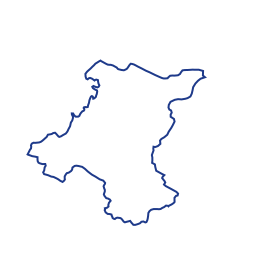 Zhytkavichy, Gomel, Belarus, rotated 209°
{"feature_id": "67162791B281573745440", "entity_name": "Zhytkavichy", "entity_type": "district", "adm_level": 2, "iso_a3": "BLR", "parent_name": "Belarus", "parent_adm1": "Gomel", "projection": "albers", "projection_center": [27.845, 52.192], "detail": "fine", "context": "isolated", "style": "outline", "palette": "blue", "viewbox_px": 256, "rotation_deg": 209, "n_neighbors": 0, "source": "geoboundaries", "source_scale": "gbopen_adm2", "svg_char_len": 3906}
<svg xmlns="http://www.w3.org/2000/svg" viewBox="0 0 256 256"><g transform="rotate(209 128 128)"><path d="M184.7,173.6L185.4,172.6L187.0,169.7L187.7,168.5L188.2,166.3L188.9,164.2L189.5,162.0L190.5,159.2L191.1,157.4L191.5,154.7L190.0,152.4L188.4,150.9L186.9,151.0L186.5,152.3L185.5,153.4L183.6,153.7L181.6,153.5L180.3,153.3L179.9,154.3L179.1,155.0L177.5,155.3L176.6,154.0L175.3,152.5L173.7,151.4L173.7,149.8L174.4,148.7L176.4,148.2L178.6,148.0L179.2,146.7L178.0,145.9L176.3,145.7L174.9,145.7L173.3,145.8L172.5,144.8L172.2,143.7L171.8,142.7L171.6,141.0L171.2,139.7L171.8,137.7L172.6,136.8L173.2,137.5L174.0,138.4L175.1,138.4L175.6,137.5L175.5,135.8L175.2,133.6L174.3,131.0L174.0,128.9L173.4,126.8L174.5,126.0L175.4,125.7L176.5,124.8L176.5,124.0L175.4,123.4L175.0,122.6L175.1,121.6L176.0,120.5L176.5,118.3L176.6,116.5L176.4,115.2L176.9,114.0L178.2,113.1L179.5,112.5L181.8,113.3L183.0,114.1L184.2,113.5L183.6,112.6L181.5,111.1L180.9,109.7L180.4,107.5L180.6,105.1L179.5,101.4L179.5,98.4L179.3,95.5L179.7,93.0L181.3,90.5L182.6,88.2L183.8,86.9L184.7,86.9L186.4,87.5L188.0,88.1L189.5,88.5L191.0,87.3L191.4,86.4L192.2,85.4L193.3,84.5L194.8,83.3L194.8,80.7L195.5,78.8L196.0,77.3L196.7,75.4L197.5,73.7L198.7,72.3L200.4,71.1L202.0,70.0L203.5,69.3L204.4,68.0L204.6,67.1L204.4,65.7L203.6,64.8L202.9,63.0L203.2,61.7L203.1,59.3L203.0,57.1L203.0,56.2L202.5,56.2L200.4,56.6L198.2,56.9L195.4,57.9L193.0,58.6L192.0,56.8L190.9,55.2L189.5,54.3L188.3,54.3L185.5,54.9L182.9,56.4L181.7,55.1L181.8,53.1L180.7,50.2L180.7,48.1L179.0,47.0L176.6,47.6L174.8,48.0L171.6,48.3L169.4,49.1L165.9,49.3L164.1,49.3L161.6,49.0L159.1,49.1L158.8,49.8L158.3,51.2L158.3,52.5L159.0,53.3L159.9,55.0L159.9,57.3L159.6,58.9L158.2,60.2L156.9,62.8L156.7,64.5L157.4,66.5L156.3,68.9L154.9,70.0L152.8,70.8L149.2,71.8L145.8,71.4L142.2,70.5L139.0,70.0L136.8,69.7L132.9,69.7L127.9,69.4L124.1,70.0L121.4,68.9L121.1,68.1L121.2,66.5L121.1,65.2L119.5,63.6L118.3,62.7L117.5,61.2L117.0,58.3L115.8,57.3L113.0,56.1L111.3,56.6L109.1,56.6L107.9,55.9L108.4,53.4L107.9,51.1L107.0,49.9L107.6,48.2L109.3,46.6L108.6,45.9L108.6,44.9L106.7,43.4L104.2,43.0L102.6,43.7L102.2,43.9L100.5,44.3L99.5,43.2L99.1,43.1L97.9,41.9L96.6,41.7L95.4,42.0L94.8,43.4L93.9,44.4L91.1,45.5L90.0,45.5L88.8,45.1L86.3,44.0L85.0,44.0L83.8,45.2L82.0,46.9L81.1,47.8L78.5,46.6L78.2,46.6L76.4,45.9L74.8,46.7L73.6,47.9L72.3,49.3L71.3,50.6L70.8,52.5L69.2,53.7L67.1,53.8L66.3,54.6L66.4,56.7L66.9,58.5L67.8,60.9L69.0,63.6L68.9,65.7L68.1,67.7L66.3,69.5L63.5,71.1L61.5,72.0L60.2,73.0L59.3,74.7L58.1,76.3L57.1,78.6L54.7,79.5L54.6,79.4L54.4,80.0L52.8,82.3L51.7,84.5L51.4,85.9L52.5,87.7L53.5,89.5L53.1,91.9L51.9,93.0L52.4,94.9L54.7,95.6L60.9,95.6L66.8,95.5L69.1,96.0L69.0,98.4L70.5,99.4L72.1,100.0L73.9,100.8L74.0,102.2L73.4,104.4L76.3,104.3L81.1,104.3L82.6,104.3L85.3,107.2L86.8,109.2L88.3,109.2L90.0,109.2L90.9,111.3L92.4,114.0L94.0,115.9L94.8,120.8L95.8,122.1L96.6,124.0L95.0,124.5L93.1,126.7L92.0,129.8L93.9,132.6L93.5,134.6L91.8,137.5L90.4,141.1L90.4,141.4L90.6,144.6L90.2,149.1L90.2,152.0L90.4,156.2L92.2,158.2L94.6,158.4L96.1,158.5L97.2,160.4L97.2,162.6L98.8,164.2L100.8,164.2L102.5,165.5L103.5,168.0L103.5,171.5L100.8,175.3L98.2,177.5L95.0,179.0L92.1,181.3L90.4,183.0L88.7,185.8L88.9,189.0L89.8,192.2L90.8,195.3L90.6,199.6L89.7,203.2L88.4,206.3L85.3,209.7L87.9,210.2L89.6,213.5L90.0,214.3L94.3,213.3L97.0,211.8L100.0,210.2L103.4,208.0L106.6,206.1L108.3,204.8L108.7,202.3L108.7,200.5L109.8,198.4L111.5,197.2L112.7,196.4L114.8,195.3L116.5,194.1L117.3,191.8L117.5,190.7L119.4,189.4L120.9,188.6L122.4,188.2L125.3,187.9L129.9,187.5L136.0,187.2L140.1,186.8L145.1,186.7L149.1,186.5L151.7,186.5L153.8,186.4L155.5,186.0L156.8,185.5L157.2,183.8L157.4,181.4L157.6,179.5L158.4,178.0L159.6,176.5L161.8,175.6L164.8,174.8L165.7,174.8L167.1,175.4L169.5,175.4L171.5,175.4L173.7,174.9L175.0,174.2L176.5,173.6L178.4,173.5L180.7,173.5L182.4,173.5L184.5,173.5L184.7,173.6Z" fill="none" stroke="#1e3a8a" stroke-width="2"/></g></svg>